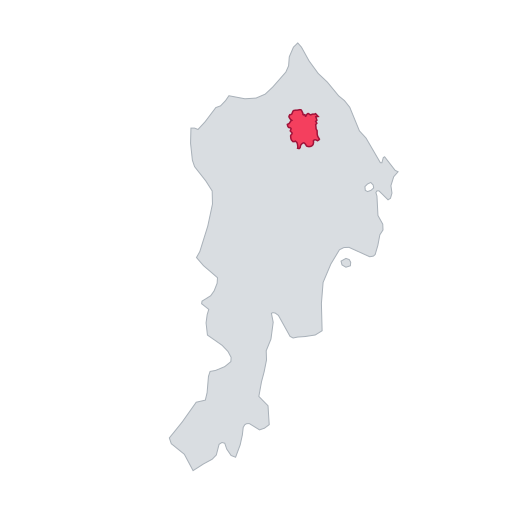 Spitak, Lori, Armenia (highlighted), rotated 61°
{"feature_id": "60910142B40000384571079", "entity_name": "Spitak", "entity_type": "district", "adm_level": 2, "iso_a3": "ARM", "parent_name": "Armenia", "parent_adm1": "Lori", "projection": "albers", "projection_center": [44.201, 40.853], "detail": "fine", "context": "in_parent", "style": "filled", "palette": "rose", "viewbox_px": 512, "rotation_deg": 61, "n_neighbors": 0, "source": "geoboundaries", "source_scale": "gbopen_adm2", "svg_char_len": 3321}
<svg xmlns="http://www.w3.org/2000/svg" viewBox="0 0 512 512"><g transform="rotate(61 256 256)"><path d="M228.5,308.8L224.9,303.0L206.5,283.7L189.5,268.9L177.9,262.8L166.2,263.5L148.1,266.4L141.4,265.2L125.7,258.6L112.6,250.9L114.4,247.7L117.2,245.4L113.9,235.4L106.7,219.2L107.5,214.2L105.3,207.2L102.7,202.0L113.1,189.5L117.9,179.4L118.9,169.5L116.3,159.3L109.6,140.7L105.5,135.3L97.9,130.3L91.5,122.0L89.9,116.2L95.4,115.0L111.2,115.0L126.5,113.1L138.5,109.3L155.9,106.1L163.0,103.3L171.4,101.9L196.7,104.9L206.2,102.6L234.7,102.0L235.5,100.7L231.6,96.9L231.6,95.4L248.5,92.8L251.2,90.9L253.4,97.1L259.9,103.9L266.9,106.6L270.7,110.4L270.9,113.3L258.6,116.9L257.7,118.7L258.6,120.4L262.3,121.2L279.7,129.7L289.6,129.7L294.8,132.3L297.5,137.4L305.8,144.3L312.5,151.1L313.0,153.4L311.8,156.9L293.5,170.5L291.2,175.1L291.0,180.0L299.3,194.4L311.6,210.1L329.2,221.8L353.4,234.4L353.8,242.5L350.2,252.2L347.1,258.8L345.7,263.3L342.8,265.2L318.8,265.2L315.3,266.8L313.7,268.7L313.6,270.3L322.3,273.1L335.9,283.2L343.8,293.0L352.0,297.2L361.2,305.0L368.7,312.2L380.2,321.6L392.8,318.1L409.9,326.2L410.7,332.0L409.8,337.2L399.3,343.1L398.1,345.5L398.1,347.5L399.6,350.2L405.9,354.7L413.5,361.4L422.1,371.4L418.4,374.5L410.7,375.2L404.6,374.1L402.6,376.2L402.8,379.6L410.8,387.2L412.5,392.8L412.4,402.7L413.2,415.1L394.7,414.8L379.1,421.1L373.1,420.0L368.9,409.6L365.4,401.0L354.9,379.2L357.5,370.2L351.8,365.0L338.2,355.9L334.7,352.1L336.5,346.8L337.6,337.0L336.2,329.2L332.6,326.9L325.9,326.8L317.8,328.9L301.6,336.8L290.3,332.1L283.7,327.2L279.8,323.2L271.4,326.7L269.3,325.1L268.8,314.9L266.2,309.5L261.0,303.2L256.3,300.2L239.0,306.6L228.5,308.8ZM253.8,127.1L254.3,123.4L253.5,120.1L250.7,119.1L247.3,120.0L247.1,123.6L248.1,127.1L251.6,128.6L253.8,127.1ZM309.4,182.8L305.5,185.1L301.7,184.1L301.7,178.5L304.3,176.2L307.4,176.2L310.3,178.2L309.4,182.8Z" fill="#d9dde1" stroke="#a8b0b8" stroke-width="1"/><path d="M184.6,143.9L181.2,144.0L179.3,143.5L176.0,141.8L173.8,141.8L172.9,141.3L170.0,140.1L169.4,138.4L167.2,138.5L166.8,136.9L163.2,136.2L164.1,134.0L160.4,134.9L160.4,135.5L160.3,135.8L160.1,136.4L159.3,137.8L159.1,139.6L158.6,140.2L156.8,141.1L156.5,141.8L156.8,142.9L157.9,144.7L157.8,145.0L157.0,145.0L156.3,144.7L155.9,144.9L155.6,146.1L154.9,146.3L154.1,145.8L150.8,145.6L149.9,145.8L149.2,146.9L148.5,149.1L147.5,151.1L147.0,152.7L147.3,153.5L147.6,153.9L149.2,155.9L149.2,157.1L148.8,157.9L149.3,158.8L150.0,159.6L150.5,159.7L151.0,159.8L152.0,159.7L153.3,159.6L154.7,158.9L154.7,160.0L155.6,161.6L155.8,162.0L156.2,162.9L156.1,164.8L157.8,165.3L159.3,165.2L159.8,164.7L160.5,163.9L161.1,163.6L161.7,163.6L162.2,164.1L162.9,165.0L163.2,165.4L165.9,164.8L166.6,165.3L167.1,166.7L167.7,167.5L170.0,168.5L171.5,168.8L173.8,168.3L174.4,167.1L174.5,167.1L174.6,165.9L176.5,165.2L178.3,165.5L181.0,166.6L181.9,167.4L182.7,166.6L183.0,166.0L182.8,165.3L182.3,164.5L181.6,164.1L181.3,163.7L180.6,163.0L180.2,161.9L180.1,161.5L180.0,160.5L180.1,159.4L180.8,158.9L181.6,158.7L182.5,158.5L183.8,158.5L184.6,158.3L185.3,157.6L186.0,156.7L186.4,155.8L186.7,154.8L186.7,153.6L186.5,152.7L185.9,151.7L185.0,151.0L184.3,150.4L183.2,150.1L182.8,149.3L182.8,148.6L183.0,148.0L183.4,147.4L184.0,147.0L184.2,146.8L185.0,146.4L185.0,145.5L184.9,144.5L184.6,143.9Z" fill="#f43f5e" stroke="#9f1239" stroke-width="1.5"/></g></svg>